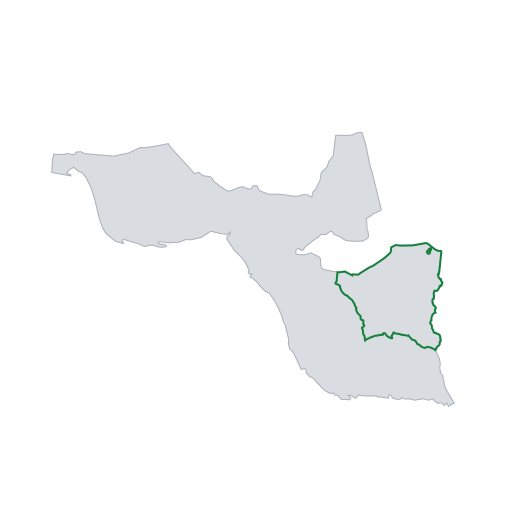 Niassa on a map of Mozambique (Albers equal-area conic projection), rotated 96°
{"feature_id": "MOZ-1199", "entity_name": "Niassa", "entity_type": "Province", "adm_level": 1, "iso_a3": "MOZ", "parent_name": "Mozambique", "parent_adm1": "", "projection": "albers", "projection_center": [37.064, -13.372], "detail": "fine", "context": "in_parent", "style": "outline", "palette": "green", "viewbox_px": 512, "rotation_deg": 96, "n_neighbors": 0, "source": "natural_earth", "source_scale": "10m", "svg_char_len": 9237}
<svg xmlns="http://www.w3.org/2000/svg" viewBox="0 0 512 512"><g transform="rotate(96 256 256)"><path d="M153.4,355.0L156.8,352.3L179.3,327.0L180.7,326.0L178.8,321.8L181.7,317.0L182.0,309.5L182.9,308.2L186.3,305.7L191.1,297.8L194.0,291.8L194.3,288.9L189.8,280.8L188.4,276.4L189.7,272.6L190.1,269.0L189.5,267.8L186.7,266.4L186.3,264.8L186.2,262.9L186.8,261.9L190.0,260.1L190.8,259.2L193.3,249.6L192.3,242.4L192.1,234.2L192.6,225.6L192.2,220.8L190.0,215.2L189.8,211.2L191.2,208.4L191.5,206.7L186.3,205.9L183.6,203.7L173.7,200.2L166.1,199.8L159.7,194.4L154.7,193.6L148.2,189.7L128.2,189.4L127.5,189.0L126.4,176.7L125.5,172.7L122.9,168.4L122.2,165.4L122.3,163.4L133.3,158.6L155.0,151.8L159.7,149.6L196.7,136.3L197.8,137.0L201.6,143.4L207.9,150.6L209.4,149.6L218.3,148.3L219.6,147.3L222.3,146.6L225.4,146.2L226.5,146.6L229.9,151.1L231.1,159.6L231.3,165.3L230.9,169.3L228.3,174.0L226.5,180.0L223.7,183.3L223.8,184.8L227.0,188.3L227.7,189.8L227.5,192.9L228.1,194.1L230.9,196.0L233.0,198.9L241.2,207.4L243.2,208.9L244.8,209.3L245.7,210.9L245.2,212.9L244.0,214.0L244.5,215.6L246.0,216.9L249.7,216.6L250.1,216.1L249.9,208.5L248.5,204.2L247.0,202.1L250.0,193.9L251.7,191.7L257.7,190.7L260.5,189.9L261.6,188.9L262.5,186.3L263.2,179.1L263.4,172.3L262.8,168.3L263.6,162.2L264.9,158.5L264.3,157.8L263.7,152.7L248.5,132.6L239.8,123.7L238.3,122.8L233.5,122.1L231.0,118.8L228.8,100.7L225.4,87.7L230.4,79.0L232.0,73.4L233.0,72.6L237.3,72.2L252.4,72.3L256.1,72.7L257.8,72.2L261.8,68.8L265.0,68.8L269.3,71.0L271.7,72.8L272.1,74.4L275.1,75.4L280.5,75.6L284.5,74.8L287.0,72.8L289.6,71.8L292.3,71.7L294.3,72.3L295.7,73.8L298.4,74.8L302.3,75.4L306.7,74.5L311.3,72.1L314.0,69.5L315.5,65.2L316.4,64.6L322.9,64.2L326.5,65.1L331.0,67.8L338.7,63.0L343.7,61.5L348.4,61.5L352.3,60.4L355.3,58.1L358.5,56.7L365.0,55.0L369.4,52.7L381.7,43.5L383.1,46.2L385.5,48.7L382.2,51.4L385.0,53.1L382.9,55.7L382.6,57.5L383.6,59.2L382.2,62.2L380.4,64.4L379.9,66.1L381.4,69.2L380.5,74.6L382.9,83.7L382.1,86.7L382.6,93.8L381.6,96.4L383.2,97.3L383.9,100.2L383.2,105.1L380.5,107.2L380.1,109.2L383.5,109.3L383.4,115.5L383.0,117.4L383.7,119.5L382.7,121.8L383.7,131.8L383.8,139.0L383.9,140.2L386.8,141.4L386.7,143.4L384.8,146.0L384.9,149.9L387.0,146.8L388.2,146.9L389.3,148.1L389.2,152.5L389.8,154.6L389.6,156.5L386.1,160.1L385.9,163.6L384.6,164.1L383.9,164.9L384.8,166.9L384.7,168.7L382.3,174.2L370.9,187.3L370.6,189.5L367.6,193.6L364.5,194.3L362.8,195.4L364.1,199.1L348.9,208.2L347.4,209.5L344.9,212.9L339.9,214.6L334.6,214.8L333.6,215.5L321.4,219.8L319.0,221.8L313.8,223.6L305.6,228.2L298.9,232.6L291.3,239.2L290.4,242.8L286.8,247.4L281.4,252.9L278.3,257.4L278.1,259.4L276.2,260.0L274.6,258.1L273.9,261.8L272.6,262.1L271.2,261.3L264.5,265.3L259.5,269.7L252.4,278.4L242.2,286.7L239.8,286.9L236.6,284.1L234.8,283.9L237.5,287.0L237.4,294.0L236.2,302.1L236.4,303.9L243.3,312.4L246.7,322.5L247.0,327.6L250.4,334.2L252.0,344.2L251.7,353.4L253.4,354.9L254.0,353.5L254.2,347.8L255.1,346.2L256.1,346.4L257.0,349.6L257.3,352.9L256.1,360.1L256.4,363.0L258.2,367.9L256.2,373.7L253.3,389.4L254.0,390.4L255.6,390.8L256.1,389.1L257.0,389.1L257.5,390.1L256.3,396.3L255.0,399.0L250.6,405.6L248.3,408.5L244.3,411.3L235.1,415.8L216.5,422.3L204.8,427.4L195.6,433.4L191.6,437.4L190.0,441.9L186.9,446.6L189.6,450.5L193.2,453.2L194.7,448.6L195.7,448.5L194.3,467.9L181.6,468.5L177.9,467.8L175.8,468.0L175.5,459.9L173.8,453.9L174.4,449.5L174.1,447.2L171.4,445.7L170.6,441.0L172.1,437.4L171.5,407.5L166.7,393.1L160.3,382.7L159.8,377.5L156.8,365.9L153.4,355.0ZM233.8,86.4L235.3,85.6L235.6,84.1L234.5,83.3L233.6,83.5L233.2,85.9L233.8,86.4ZM232.6,83.6L231.4,82.5L230.4,82.8L230.1,83.8L231.1,85.0L232.2,85.0L232.6,83.6Z" fill="#d9dde1" stroke="#a8b0b8" stroke-width="1"/><path d="M321.4,63.5L321.5,63.8L321.9,63.9L322.4,64.3L322.7,64.4L323.0,64.3L323.5,64.1L323.8,64.0L325.0,64.2L325.9,64.8L327.3,66.3L328.2,66.8L330.2,67.3L331.0,67.8L330.0,69.1L329.9,69.4L329.7,70.2L329.4,70.9L329.2,71.7L329.0,72.0L328.8,73.0L328.6,73.8L328.5,75.6L328.5,75.9L328.6,76.5L328.8,76.8L329.1,77.3L329.3,77.6L329.7,78.2L329.7,78.9L329.5,80.2L329.3,80.7L329.2,81.6L328.8,82.0L328.5,82.2L328.4,82.3L328.2,83.0L328.0,83.6L327.8,83.8L327.2,84.1L327.1,84.3L327.0,84.7L326.9,85.6L326.9,86.0L326.8,86.3L325.8,87.0L325.5,87.2L324.9,87.5L324.7,87.7L324.4,88.0L324.1,88.4L323.6,88.6L323.5,89.3L323.1,90.2L323.0,90.6L322.8,92.3L322.7,92.5L322.1,92.9L321.8,93.1L321.3,93.8L320.6,94.5L320.2,95.1L320.0,95.3L319.6,95.6L319.1,95.9L319.0,96.0L319.3,96.7L319.4,97.0L319.5,97.4L319.5,97.9L319.4,98.3L319.3,98.6L319.0,99.8L319.1,100.2L319.3,100.7L319.3,101.9L319.3,102.0L319.0,102.6L319.0,102.8L318.9,102.9L319.0,103.7L319.0,104.0L318.9,104.3L318.7,104.5L318.6,104.9L318.6,105.4L318.5,106.1L318.6,106.8L318.5,107.3L318.5,107.5L318.5,108.4L318.5,108.7L318.4,109.1L318.3,109.7L318.3,109.9L318.2,110.2L317.6,110.9L317.6,111.0L317.7,111.3L317.9,111.4L319.2,111.6L319.7,111.8L320.0,112.0L320.2,112.3L320.4,112.4L320.5,112.5L320.9,112.7L321.5,112.8L322.6,112.2L322.9,112.1L323.2,112.1L323.5,112.1L323.6,112.4L323.7,113.1L323.6,113.3L323.3,113.7L323.3,113.8L323.2,114.4L323.0,114.7L323.0,115.2L323.0,115.4L322.7,115.8L322.6,116.2L322.5,116.3L322.2,116.5L322.0,117.2L321.8,117.4L321.2,118.0L320.9,118.2L320.4,118.7L319.9,119.0L319.4,119.6L319.3,119.8L319.3,120.1L319.5,121.2L319.6,121.4L319.7,121.5L319.9,121.7L320.0,121.7L320.5,121.5L320.8,121.4L320.9,121.5L321.0,121.7L321.2,122.4L321.4,122.8L321.5,123.1L321.5,123.5L321.4,124.5L321.4,124.9L321.5,125.0L321.9,125.6L322.2,126.2L322.3,126.5L322.5,127.0L322.6,127.3L322.6,127.5L322.5,127.8L322.6,128.2L322.7,128.7L323.5,130.7L323.6,130.9L324.0,131.2L324.2,131.6L324.6,132.3L324.6,132.6L324.6,132.9L324.7,133.1L325.1,133.5L325.2,134.0L326.7,136.3L326.8,136.5L326.9,136.8L327.2,137.2L328.7,138.6L328.0,138.9L327.0,139.2L324.8,139.5L323.8,140.0L322.9,140.9L322.4,141.2L318.1,142.0L317.9,142.2L317.7,142.5L317.3,142.8L316.9,143.1L316.5,143.2L315.6,142.7L315.1,141.9L314.5,141.2L313.4,141.2L312.9,141.5L312.3,142.3L311.9,142.4L309.9,142.3L309.4,142.3L308.9,142.5L308.6,142.9L308.8,143.4L308.8,143.9L308.4,144.5L307.8,145.1L307.3,145.5L305.3,145.5L305.0,145.7L304.0,146.7L303.1,147.9L302.3,148.8L301.5,149.5L298.9,150.9L298.4,151.0L297.8,150.7L297.4,150.6L297.1,150.7L297.0,150.8L296.9,150.9L295.3,152.3L294.8,152.4L294.5,152.5L294.2,152.6L293.8,153.0L293.6,153.1L293.0,153.2L292.8,153.3L292.5,153.6L291.7,154.4L291.6,154.7L291.4,154.8L290.1,155.4L289.4,156.3L289.0,157.1L288.7,157.9L287.5,159.0L287.4,159.4L287.3,159.5L287.0,160.1L285.6,161.4L285.7,162.5L285.6,162.9L284.6,164.5L284.4,164.6L284.0,164.9L283.9,165.1L283.8,165.4L283.7,165.6L283.3,165.9L281.9,167.4L281.1,167.9L280.9,168.0L280.4,168.1L280.2,168.1L279.2,168.8L278.8,168.9L278.2,169.2L277.9,169.2L277.3,169.1L277.1,169.2L277.0,169.3L276.9,169.4L276.2,170.7L275.7,171.5L275.6,171.8L275.7,172.4L275.6,173.0L275.4,173.5L275.1,174.0L274.9,174.1L274.7,174.2L274.1,173.9L273.5,173.7L273.0,173.3L272.6,173.2L263.6,173.3L263.7,172.2L262.2,166.4L262.2,165.8L262.4,165.2L265.2,158.4L264.7,158.4L264.3,158.3L264.2,158.1L263.9,152.7L263.7,152.2L263.4,151.8L262.2,150.6L255.5,142.1L253.8,138.9L244.3,127.7L239.4,123.3L238.6,122.8L237.8,122.5L236.9,122.4L233.7,122.4L233.3,122.4L233.0,122.2L232.9,122.1L232.8,121.7L232.2,120.8L231.9,120.4L231.4,119.8L230.5,117.9L230.5,115.8L230.6,113.6L229.1,101.3L225.4,88.6L225.5,87.4L226.0,86.1L230.6,78.9L231.6,76.3L231.8,75.3L231.8,74.2L231.7,73.1L231.7,72.6L231.9,72.3L232.8,72.1L251.4,72.1L252.5,72.1L252.7,72.4L253.0,72.5L253.7,72.5L254.3,72.2L254.7,72.4L254.8,72.6L254.9,72.8L255.0,72.9L255.3,73.0L255.3,72.6L255.6,72.5L256.0,72.7L256.4,72.8L257.0,72.5L258.4,72.1L258.7,71.9L258.9,71.4L259.1,71.0L259.4,70.7L259.7,70.5L259.5,69.9L259.9,69.6L261.2,69.4L261.7,69.0L262.5,68.0L262.8,67.8L263.8,68.0L264.7,68.3L265.7,68.3L266.0,68.5L266.5,69.0L266.2,69.6L266.5,70.1L267.0,70.3L267.4,70.2L267.8,70.1L268.3,70.4L269.3,71.0L269.5,71.1L270.1,71.2L270.3,71.3L270.9,71.8L271.1,71.8L271.5,72.0L271.7,72.5L271.8,73.1L271.9,73.6L271.8,74.0L271.8,74.6L272.1,75.0L272.4,75.2L273.4,75.1L273.7,75.1L274.1,75.3L274.4,75.4L274.8,75.4L275.7,75.1L276.5,75.0L276.8,74.7L279.9,74.7L280.1,74.8L280.3,75.4L280.4,75.6L281.2,75.9L281.6,76.0L283.2,75.7L283.6,75.6L284.3,75.5L284.5,75.4L284.6,75.2L284.9,75.0L285.8,74.7L286.1,74.5L286.3,74.3L287.1,73.2L288.2,71.9L288.6,71.7L288.9,71.8L289.4,71.9L290.0,72.3L290.4,72.4L292.8,72.2L293.0,72.0L293.6,71.6L293.9,72.4L294.6,73.3L295.5,74.1L296.4,74.5L298.6,75.0L299.7,75.1L300.6,75.0L301.3,74.7L301.5,74.7L301.8,74.8L302.3,75.3L302.5,75.4L303.7,75.8L304.3,75.8L304.8,75.7L305.0,75.6L305.2,75.4L305.5,74.8L305.7,74.5L306.0,74.3L306.5,74.2L307.4,73.7L308.0,73.6L308.8,73.6L309.4,73.5L309.8,73.2L311.0,72.3L312.8,71.5L313.4,71.1L313.7,70.8L313.9,70.5L313.9,70.2L313.7,69.9L313.6,69.5L313.7,68.9L314.4,67.8L314.3,67.4L314.6,67.0L315.0,65.9L315.0,65.5L315.2,65.3L316.8,64.4L317.2,64.2L318.3,64.2L318.5,64.1L318.7,63.9L320.2,63.6L321.0,63.6L321.4,63.5ZM233.9,86.5L234.5,86.4L235.0,86.1L235.4,85.6L235.7,85.0L235.7,84.3L235.5,83.8L235.1,83.5L234.5,83.3L234.0,83.3L233.6,83.5L233.2,84.7L233.0,85.3L233.0,85.8L233.4,86.4L233.9,86.5ZM230.6,82.7L230.1,83.2L230.2,83.6L230.8,84.4L231.2,84.8L231.5,85.2L231.9,85.2L232.4,84.7L232.6,83.8L232.3,83.0L231.5,82.5L230.6,82.7Z" fill="none" stroke="#15803d" stroke-width="2"/></g></svg>